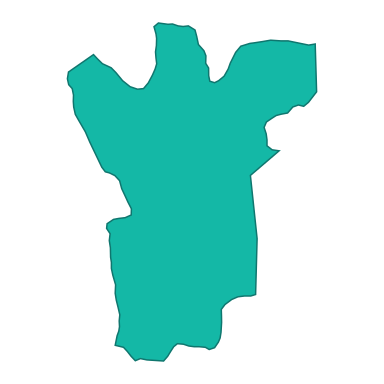 Barra D'Alcântara, Piauí, Brazil
{"feature_id": "56859067B46292255679760", "entity_name": "Barra D'Alcântara", "entity_type": "district", "adm_level": 2, "iso_a3": "BRA", "parent_name": "Brazil", "parent_adm1": "Piauí", "projection": "robinson", "projection_center": [-42.113, -6.538], "detail": "fine", "context": "isolated", "style": "filled", "palette": "teal", "viewbox_px": 384, "rotation_deg": 0, "n_neighbors": 0, "source": "geoboundaries", "source_scale": "gbopen_adm2", "svg_char_len": 1766}
<svg xmlns="http://www.w3.org/2000/svg" viewBox="0 0 384 384"><path d="M205.7,63.3L205.9,55.8L203.9,50.7L198.4,44.5L196.7,36.4L195.0,30.0L188.4,25.9L183.1,26.5L178.1,25.9L172.5,24.0L168.0,24.3L158.4,23.0L154.0,26.7L156.0,33.9L156.6,38.4L156.4,45.6L155.5,51.9L156.0,58.0L156.7,63.8L155.1,69.1L152.5,75.0L148.3,82.9L143.5,88.6L137.5,89.2L130.1,86.7L122.6,80.7L115.8,72.5L111.2,67.8L102.4,63.7L97.4,58.8L93.5,54.6L68.5,72.0L67.4,78.7L68.7,84.7L72.2,88.6L73.5,95.1L73.3,101.5L73.7,107.0L75.3,114.3L78.5,120.0L85.4,131.9L89.8,142.1L101.8,167.2L105.3,171.8L109.4,172.9L114.9,175.6L119.6,180.7L121.7,188.6L125.9,197.6L127.9,202.0L131.4,208.8L131.2,215.0L125.1,217.7L118.9,218.4L113.5,219.4L107.1,223.7L106.6,228.4L110.1,233.7L109.3,240.6L110.4,247.8L110.6,257.2L111.4,262.4L111.4,268.4L112.8,275.1L115.6,284.8L115.2,293.3L116.3,300.2L118.0,307.0L119.8,314.8L119.2,320.9L119.5,326.7L118.8,331.1L117.1,335.8L115.2,345.3L123.5,347.3L127.2,351.3L131.2,356.4L135.3,360.7L140.4,358.6L146.9,359.9L163.6,361.0L167.6,356.4L170.6,351.5L173.7,346.7L177.4,343.7L183.4,344.2L188.8,346.0L194.0,346.7L198.9,346.7L205.4,347.3L209.2,349.5L214.6,347.7L218.4,342.1L220.1,338.0L221.0,332.4L221.6,322.4L221.5,316.1L221.3,309.4L225.0,304.5L231.7,299.5L237.9,296.8L244.4,296.0L250.7,296.0L255.6,294.5L257.1,238.6L250.4,175.4L279.1,150.8L272.1,149.8L267.0,145.8L267.0,139.9L266.2,133.9L264.1,127.4L266.4,122.0L272.3,118.0L276.2,115.5L281.1,114.2L287.6,113.0L292.8,107.0L298.4,105.0L303.7,106.3L308.5,102.3L316.6,91.8L315.2,44.0L308.7,45.1L294.0,42.1L288.2,40.9L281.1,40.9L270.6,40.2L262.3,41.6L253.9,42.9L249.9,43.4L240.8,46.2L235.7,52.3L230.3,63.1L228.2,69.0L224.1,76.2L218.6,80.7L214.6,82.7L209.8,81.2L208.7,75.7L208.6,68.0L205.7,63.3Z" fill="#14b8a6" stroke="#0f766e" stroke-width="1.5"/></svg>